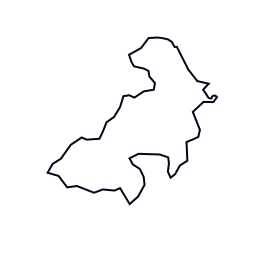 outline of Uzgen, Osh, Kyrgyzstan, rotated 148°
{"feature_id": "92254566B62299131303841", "entity_name": "Uzgen", "entity_type": "district", "adm_level": 2, "iso_a3": "KGZ", "parent_name": "Kyrgyzstan", "parent_adm1": "Osh", "projection": "orthographic", "projection_center": [73.5, 40.749], "detail": "fine", "context": "isolated", "style": "outline", "palette": "ink", "viewbox_px": 256, "rotation_deg": 148, "n_neighbors": 0, "source": "geoboundaries", "source_scale": "gbopen_adm2", "svg_char_len": 1071}
<svg xmlns="http://www.w3.org/2000/svg" viewBox="0 0 256 256"><g transform="rotate(148 128 128)"><path d="M88.3,189.6L90.1,181.8L90.2,177.1L82.9,169.8L80.4,165.5L82.6,160.4L81.3,151.9L85.8,146.8L95.2,150.7L106.4,150.4L109.7,155.2L115.0,157.4L123.6,150.0L133.9,144.8L143.2,144.2L151.4,138.2L157.9,134.0L169.2,140.0L172.3,144.5L185.4,144.1L201.2,137.5L210.9,137.5L219.9,132.7L212.3,124.2L211.0,109.9L202.1,105.9L191.1,91.1L181.9,89.2L172.6,82.1L166.6,81.2L166.9,62.6L155.8,64.5L144.1,71.0L140.6,78.2L139.7,87.1L143.2,94.5L142.8,101.5L132.7,100.5L115.1,88.7L109.5,81.8L111.9,76.5L117.3,69.8L118.2,63.3L112.5,63.9L103.9,68.7L95.0,68.8L85.8,85.1L79.1,83.9L73.1,83.2L68.0,88.3L64.5,107.3L50.1,110.1L43.1,105.5L41.8,104.8L36.2,107.0L36.4,107.9L36.8,109.2L39.0,110.3L40.3,109.9L41.3,109.0L41.9,108.9L42.2,109.2L43.4,110.4L43.8,111.6L43.7,116.2L44.1,120.5L43.4,120.8L36.1,122.8L44.4,131.1L45.9,145.6L43.6,170.9L45.5,172.0L45.2,177.8L47.1,181.9L51.4,186.2L55.1,189.1L62.8,193.4L74.5,188.9L81.3,189.2L86.7,189.5L88.3,189.6Z" fill="none" stroke="#020617" stroke-width="2"/></g></svg>